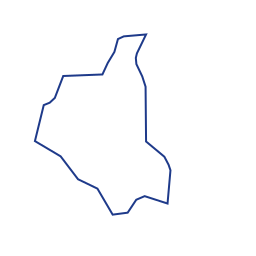 SVG path tracing the border of Starše, rotated 47°
{"feature_id": "SVN-996", "entity_name": "Starše", "entity_type": "Statistical Region", "adm_level": 1, "iso_a3": "SVN", "parent_name": "Slovenia", "parent_adm1": "", "projection": "natural_earth1", "projection_center": [15.758, 46.466], "detail": "fine", "context": "isolated", "style": "outline", "palette": "blue", "viewbox_px": 256, "rotation_deg": 47, "n_neighbors": 0, "source": "natural_earth", "source_scale": "10m", "svg_char_len": 487}
<svg xmlns="http://www.w3.org/2000/svg" viewBox="0 0 256 256"><g transform="rotate(47 128 128)"><path d="M71.9,51.0L79.5,70.6L82.1,74.5L87.0,78.3L100.0,82.4L109.8,87.0L150.2,124.0L173.8,121.0L182.6,123.4L187.9,125.8L210.2,150.6L189.2,162.3L186.1,170.9L189.7,186.0L180.9,198.3L151.5,191.7L131.4,199.5L102.8,196.6L74.1,205.0L53.8,174.0L56.1,168.0L56.1,161.0L45.8,139.9L71.4,110.2L66.6,98.4L63.1,86.1L56.1,74.7L58.1,68.6L71.9,51.0Z" fill="none" stroke="#1e3a8a" stroke-width="2"/></g></svg>